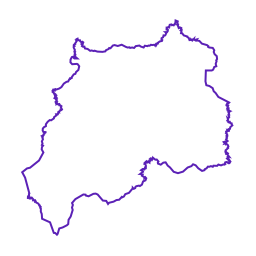 Wanon Niwat, Sakon Nakhon, Thailand (Mercator projection), rotated 272°
{"feature_id": "78962969B40575496973623", "entity_name": "Wanon Niwat", "entity_type": "district", "adm_level": 2, "iso_a3": "THA", "parent_name": "Thailand", "parent_adm1": "Sakon Nakhon", "projection": "mercator", "projection_center": [103.753, 17.629], "detail": "fine", "context": "isolated", "style": "outline", "palette": "violet", "viewbox_px": 256, "rotation_deg": 272, "n_neighbors": 0, "source": "geoboundaries", "source_scale": "gbopen_adm2", "svg_char_len": 5798}
<svg xmlns="http://www.w3.org/2000/svg" viewBox="0 0 256 256"><g transform="rotate(272 128 128)"><path d="M214.1,73.0L213.1,73.7L210.5,72.1L210.1,72.3L209.5,71.3L208.3,71.6L208.4,70.9L206.5,70.9L204.1,72.2L202.7,71.8L202.2,72.5L201.2,72.0L199.7,72.8L199.2,72.2L198.8,72.7L196.9,72.7L197.0,73.3L195.7,74.9L195.6,72.1L196.1,71.4L197.4,71.0L196.9,69.4L194.4,68.2L191.6,68.2L189.8,70.0L190.3,74.7L190.0,75.5L188.0,77.1L184.3,76.4L182.1,74.1L180.3,73.5L179.7,71.9L177.0,70.1L176.0,70.0L175.7,68.4L174.9,68.5L174.6,67.6L172.4,66.6L172.0,64.9L170.1,62.3L166.5,60.0L165.0,57.8L163.7,54.4L164.3,54.1L163.9,52.9L163.3,53.1L163.6,52.3L163.0,52.3L163.3,51.7L162.6,51.3L162.3,51.6L162.9,52.1L161.4,51.4L159.5,53.9L159.2,53.3L158.7,53.7L158.1,55.0L157.5,54.4L156.8,54.9L156.9,54.2L156.2,54.5L156.4,54.0L155.3,53.5L154.6,55.6L154.0,55.1L153.4,55.8L152.6,55.4L152.2,55.9L151.5,54.7L150.9,54.9L151.2,55.5L149.4,55.6L150.1,56.5L149.3,57.0L149.6,58.5L149.2,58.7L148.8,58.2L148.2,58.6L148.3,59.5L147.5,60.7L146.4,60.2L144.2,61.4L143.6,60.7L143.9,59.9L143.1,59.8L142.0,58.4L141.2,58.6L141.4,57.8L139.3,57.4L139.2,55.7L138.2,56.1L136.2,53.7L135.0,53.6L133.0,50.9L133.2,49.5L131.4,47.5L128.9,45.8L127.0,45.9L125.9,44.0L124.5,42.9L122.5,42.8L121.1,43.6L121.0,46.6L120.5,44.4L119.5,44.8L118.7,43.8L117.9,43.9L117.0,42.2L116.1,43.2L115.4,42.7L113.9,43.4L111.6,42.4L109.5,43.1L108.0,42.5L107.4,43.7L106.0,42.7L103.6,42.5L100.6,44.3L92.4,40.2L84.9,31.5L84.1,28.5L80.1,23.8L74.8,26.9L59.1,31.7L58.7,31.3L57.0,31.5L57.1,31.1L56.0,30.4L54.6,30.4L54.7,31.9L54.1,32.1L54.1,33.0L55.0,32.8L55.1,34.2L53.3,35.9L52.4,35.7L52.5,37.6L51.2,37.7L51.5,38.3L50.3,38.9L49.5,40.7L47.7,42.4L47.3,42.1L46.1,43.5L45.2,43.0L44.5,43.7L41.3,43.8L39.1,44.8L34.3,45.3L31.0,53.4L20.6,57.5L20.5,59.0L18.9,60.7L19.8,61.4L25.2,62.8L26.3,66.1L28.7,70.4L29.9,71.6L34.2,71.8L37.5,73.8L44.2,75.6L46.5,74.8L49.2,75.6L51.1,74.7L55.1,77.9L60.0,85.7L59.9,87.9L59.0,88.3L58.4,91.0L61.0,95.7L61.3,98.0L60.5,100.0L54.6,105.4L54.4,108.8L51.4,110.7L52.6,111.6L53.9,116.2L55.6,119.0L56.0,121.7L58.8,124.1L58.4,124.4L59.4,126.3L61.8,127.6L63.2,131.2L67.8,134.8L68.5,134.8L67.4,135.9L68.2,137.3L69.2,137.4L70.1,138.3L70.8,141.0L70.4,141.9L71.9,143.9L75.1,144.9L76.3,147.3L78.4,148.0L79.5,146.9L78.6,146.1L79.4,146.1L80.7,143.7L81.6,144.1L81.4,143.4L82.5,143.1L82.5,141.8L84.8,144.6L85.5,144.4L86.3,142.6L87.5,144.1L87.7,145.8L88.6,145.8L88.0,146.1L88.6,146.3L88.1,146.7L88.3,147.2L90.9,147.2L93.0,146.4L92.8,145.7L93.5,145.7L94.2,146.6L94.1,147.4L94.9,147.0L95.5,147.8L94.6,148.5L94.9,149.1L94.2,150.5L95.5,150.3L95.4,151.0L97.5,151.6L97.8,151.0L98.3,151.5L97.4,152.4L98.7,153.3L97.6,153.5L98.9,154.3L97.3,156.4L97.5,157.8L95.6,159.6L94.6,159.0L93.5,159.2L92.5,162.0L94.6,164.5L95.0,166.8L91.8,169.0L90.1,171.3L85.8,175.2L84.6,179.5L86.3,184.5L90.6,189.0L92.1,192.7L94.0,194.3L93.1,196.9L90.2,199.6L87.7,203.5L88.5,205.9L89.5,206.2L90.4,207.9L92.2,209.2L92.1,210.6L92.8,212.2L92.2,214.1L93.3,214.7L93.3,218.4L94.6,219.6L93.9,222.3L94.8,224.2L94.8,225.8L95.3,226.4L95.7,225.9L97.1,226.4L97.5,228.0L96.3,229.6L96.4,230.6L97.1,231.0L97.6,230.5L98.1,231.4L100.4,229.8L99.7,229.4L100.9,228.1L101.5,229.1L102.5,228.5L103.1,229.3L102.9,230.0L105.0,228.2L106.0,228.8L106.8,227.7L106.3,227.0L105.8,227.6L105.6,227.0L107.5,226.7L107.4,225.4L107.8,226.6L109.1,226.3L111.4,228.7L112.1,228.3L112.9,229.0L114.3,228.5L115.4,227.2L115.1,226.5L116.1,226.3L115.9,225.6L116.5,226.1L116.2,225.0L117.3,224.1L118.2,226.6L117.5,226.8L118.5,228.0L120.1,226.4L121.5,227.3L122.4,226.7L123.1,227.4L123.9,226.9L124.2,227.5L125.2,227.3L126.3,226.1L126.8,226.5L127.8,226.2L128.0,227.0L128.6,227.1L128.6,228.2L129.4,227.7L129.1,229.0L129.9,229.2L129.7,229.6L130.5,229.0L130.8,230.0L132.3,230.1L134.3,232.2L135.7,231.2L136.2,231.4L137.0,229.0L137.4,229.7L137.8,229.5L137.7,228.8L138.8,227.0L139.8,227.7L141.4,227.2L141.0,227.7L142.4,228.8L144.4,227.9L144.7,228.7L146.2,228.2L146.7,228.5L147.5,227.7L148.4,229.5L149.4,227.1L150.4,227.9L151.2,227.8L151.0,226.5L153.7,227.3L153.8,225.8L154.3,225.5L156.1,226.4L155.9,227.2L157.0,228.2L162.2,217.2L166.1,214.3L167.7,212.4L170.8,211.2L172.8,207.9L173.5,204.8L177.3,203.8L188.2,203.8L188.4,209.7L189.3,211.1L192.0,212.1L192.8,214.1L195.2,213.4L197.9,214.2L198.7,213.8L200.0,214.6L202.9,214.2L204.8,212.0L207.0,211.0L208.7,211.5L211.0,209.9L211.3,206.3L211.9,205.2L212.6,205.4L213.6,204.1L214.9,198.9L217.5,196.3L218.1,192.9L218.9,193.5L218.7,192.8L217.8,192.6L218.8,190.6L219.3,190.7L217.9,189.4L218.5,189.1L218.1,188.5L218.8,187.8L218.2,187.7L218.0,186.4L220.2,185.5L220.9,184.2L221.5,184.1L222.5,180.5L224.5,178.9L224.6,177.7L226.9,178.1L227.3,177.3L228.1,178.1L229.1,177.2L229.0,177.8L229.8,177.8L230.4,176.2L229.7,175.2L231.9,174.3L233.0,174.4L233.1,173.8L233.4,174.3L234.5,173.6L236.3,174.0L237.1,171.8L234.8,171.7L232.2,170.1L232.6,168.8L232.3,168.3L233.0,167.7L232.6,166.1L230.2,165.7L230.6,165.1L229.7,163.9L229.7,163.1L227.8,163.1L227.7,164.4L226.4,164.4L225.2,163.7L225.1,162.1L224.4,163.0L222.3,162.2L221.6,161.5L221.8,160.3L219.9,159.9L218.9,158.4L217.7,158.4L217.1,159.2L216.2,158.9L215.6,156.7L214.0,154.6L213.5,154.8L213.2,153.4L212.5,153.7L211.2,153.0L212.0,152.5L211.5,151.9L212.1,151.3L211.7,149.1L212.0,148.0L211.0,146.8L211.1,145.5L210.5,144.7L210.8,141.9L209.0,140.8L209.9,137.8L210.8,136.5L210.1,132.9L208.2,131.3L208.6,129.3L208.1,127.3L208.7,126.7L208.4,124.8L209.0,123.0L211.0,118.8L209.6,114.9L210.4,111.7L209.9,110.0L207.1,107.7L207.3,106.4L206.3,105.9L205.0,103.3L203.8,102.7L203.2,99.8L203.3,94.7L204.1,91.9L203.7,91.2L204.2,88.8L203.8,87.5L205.6,84.9L206.0,82.2L207.8,81.6L207.6,80.3L208.1,79.4L208.5,79.8L209.7,78.9L209.9,79.4L210.4,79.0L210.6,79.8L212.0,80.3L212.6,79.4L212.2,78.8L212.5,77.7L213.9,76.9L213.6,76.5L214.6,74.7L215.5,74.5L215.0,73.5L214.3,73.6L214.1,73.0Z" fill="none" stroke="#5b21b6" stroke-width="2"/></g></svg>